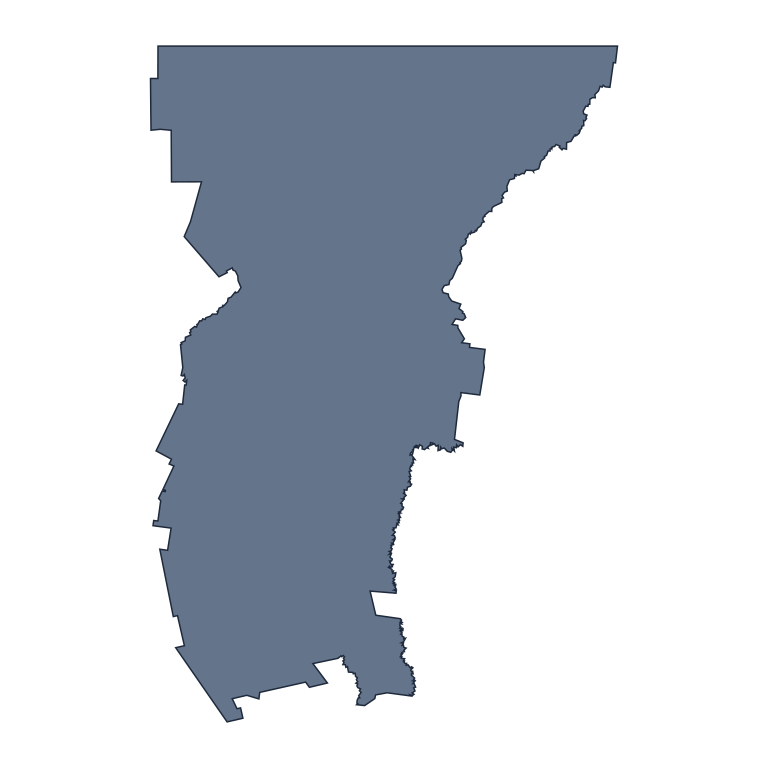 Brewarrina, New South Wales, Australia (Natural Earth projection)
{"feature_id": "25037944B28138275471855", "entity_name": "Brewarrina", "entity_type": "district", "adm_level": 2, "iso_a3": "AUS", "parent_name": "Australia", "parent_adm1": "New South Wales", "projection": "natural_earth1", "projection_center": [147.252, -29.95], "detail": "fine", "context": "isolated", "style": "filled", "palette": "slate", "viewbox_px": 768, "rotation_deg": 0, "n_neighbors": 0, "source": "geoboundaries", "source_scale": "gbopen_adm2", "svg_char_len": 6116}
<svg xmlns="http://www.w3.org/2000/svg" viewBox="0 0 768 768"><path d="M387.2,692.8L411.2,696.0L410.2,694.9L412.3,695.5L414.0,694.3L412.1,692.9L415.0,691.0L413.7,687.9L415.6,687.1L414.0,683.4L412.9,683.5L414.6,681.4L413.0,680.9L414.8,680.3L413.6,679.5L414.6,678.1L411.4,675.1L411.5,673.8L413.1,673.9L412.6,671.3L411.6,671.8L410.7,669.9L412.9,667.8L411.6,666.8L410.4,667.8L408.0,664.8L406.2,665.2L406.6,663.4L405.2,663.5L404.0,662.2L404.5,661.0L403.3,660.8L404.6,658.7L401.3,658.2L401.8,656.7L400.4,656.7L402.4,653.8L401.2,653.9L401.9,652.4L404.4,651.6L403.8,650.3L406.1,648.1L403.8,647.3L403.4,645.1L402.2,645.3L403.4,643.1L401.4,642.8L403.5,641.8L405.5,638.3L403.7,638.8L404.0,637.2L402.1,636.1L401.9,634.1L400.9,634.2L402.0,632.7L400.6,631.3L402.8,630.7L403.0,629.0L400.6,629.9L401.9,628.1L399.7,628.1L400.8,626.5L399.8,625.7L400.0,623.7L401.6,623.9L400.3,622.5L402.1,622.4L400.7,620.9L401.5,620.1L400.3,618.7L375.8,615.2L370.1,591.1L396.0,593.2L396.3,590.7L393.9,590.1L396.3,589.1L394.9,587.0L395.6,585.8L393.9,585.0L395.5,584.2L393.2,583.3L394.5,582.6L392.9,581.4L394.6,579.7L393.0,578.7L395.2,576.7L395.8,572.7L392.7,573.4L393.4,571.1L392.1,571.5L392.0,569.4L388.4,567.3L389.7,566.1L390.4,567.4L392.4,566.7L392.0,565.4L393.8,564.3L391.3,564.6L389.9,562.2L390.6,561.6L389.8,561.0L391.8,560.6L392.3,559.0L389.9,557.2L391.3,553.8L389.4,554.2L391.0,552.8L389.2,551.4L391.2,551.0L392.1,548.7L390.7,547.9L391.6,546.6L390.9,545.3L392.8,544.8L391.9,543.4L393.5,544.0L393.1,542.7L394.7,539.8L393.0,539.7L395.3,538.0L394.4,535.6L392.3,535.3L395.3,532.1L392.7,529.8L394.1,529.1L393.4,528.0L396.0,527.8L396.7,524.6L398.1,524.8L396.9,523.2L399.1,522.7L398.5,521.7L399.4,520.5L397.9,520.0L399.4,519.3L399.3,517.2L400.4,517.3L399.5,515.7L398.7,516.3L399.6,514.9L398.4,513.5L400.7,513.0L398.9,512.0L400.8,511.3L401.5,509.3L402.6,509.6L403.6,507.3L402.0,506.1L402.1,503.8L400.7,503.4L403.6,499.8L402.2,498.9L404.2,498.9L404.0,497.4L406.1,495.4L403.0,492.8L404.7,493.2L404.2,489.8L406.9,490.2L407.5,487.2L410.4,486.2L411.6,484.2L410.3,483.7L410.1,481.6L408.5,481.8L410.6,478.8L409.3,476.6L410.7,476.4L409.1,471.5L411.3,470.8L409.7,469.0L410.5,466.4L411.4,466.5L411.1,465.3L412.6,465.1L412.1,462.9L413.6,463.0L412.9,459.2L415.0,459.6L411.8,455.3L412.2,454.4L410.1,455.1L410.4,453.4L411.6,452.0L412.7,453.3L413.4,450.4L412.0,449.6L413.5,449.8L414.2,447.0L416.7,447.9L414.7,446.5L416.1,445.3L417.5,445.8L416.2,446.2L418.2,448.2L419.7,444.8L422.4,446.4L422.1,448.9L424.5,449.6L426.8,447.7L428.3,448.3L427.7,447.0L430.1,445.0L430.5,442.6L432.8,443.1L431.5,445.0L434.4,443.8L436.1,446.2L438.3,445.3L438.0,450.6L440.4,449.9L440.7,447.2L441.7,448.8L444.2,448.0L447.3,451.3L450.8,452.3L452.2,450.5L452.0,448.5L454.4,451.0L453.7,447.1L456.3,447.7L456.6,444.9L458.0,446.9L460.4,444.7L462.8,446.3L463.1,442.8L454.5,439.4L458.8,401.5L461.0,395.9L460.9,392.6L479.8,395.0L484.3,367.5L483.5,362.2L485.1,349.4L469.5,347.4L469.9,343.8L461.7,342.7L464.4,338.8L457.9,327.9L457.8,325.4L452.1,324.4L455.6,318.8L462.8,320.3L465.7,317.5L464.1,313.7L462.5,313.1L462.9,311.6L459.0,308.6L460.8,304.1L451.7,301.0L448.7,296.7L448.3,294.0L443.1,292.7L442.0,289.4L444.3,285.6L448.9,284.6L449.8,280.5L452.3,278.3L458.0,265.5L460.4,263.6L459.8,262.7L461.4,261.3L461.9,258.4L460.1,250.2L461.4,249.1L461.0,247.4L465.6,243.8L466.3,240.4L465.3,239.2L467.7,237.2L468.2,234.3L469.5,233.3L470.3,234.1L471.1,231.8L471.6,233.0L474.7,232.1L475.4,230.4L476.5,230.9L477.7,228.1L480.9,225.8L482.0,222.6L484.2,221.8L482.8,219.7L483.2,217.3L485.0,216.3L484.5,215.4L489.2,211.3L491.7,211.5L491.9,208.3L493.4,206.5L501.9,202.4L501.7,198.7L503.5,197.9L502.1,195.4L504.6,192.1L507.3,191.1L506.9,186.4L509.6,179.8L514.4,178.5L514.7,175.7L515.8,175.9L515.1,174.6L519.1,175.1L522.1,173.4L524.1,173.7L526.0,170.2L532.6,170.5L533.5,171.7L533.4,170.6L538.7,168.8L541.0,161.0L544.7,158.0L544.3,156.7L546.6,155.3L548.1,151.0L550.1,151.0L550.0,149.1L551.2,148.2L551.8,149.0L552.2,146.9L554.7,146.5L556.0,144.5L559.9,146.1L559.3,147.3L562.0,149.8L563.0,148.4L566.5,149.2L566.6,142.6L571.0,141.3L574.1,136.1L575.6,135.9L575.3,134.8L576.9,135.2L579.1,133.3L580.0,131.1L579.2,130.8L581.7,128.3L581.8,126.3L583.8,125.6L583.6,120.5L584.9,120.8L586.6,118.6L585.9,117.3L587.0,115.1L583.7,113.8L583.2,111.2L585.8,106.2L588.0,106.3L588.3,104.3L589.8,104.2L589.9,99.3L592.6,97.6L595.3,97.8L594.9,94.5L598.5,90.9L600.1,86.3L602.1,87.1L603.2,85.3L605.1,86.8L609.9,87.3L613.4,62.6L615.5,62.9L617.5,46.1L158.0,46.1L157.9,78.5L150.5,78.5L151.0,130.2L160.4,129.3L171.2,130.3L171.5,181.9L201.5,181.8L190.5,221.6L184.2,236.6L219.0,276.8L227.2,272.6L226.4,271.0L232.3,267.9L233.0,270.1L235.4,271.1L237.8,275.9L238.1,280.6L241.0,287.5L238.1,292.0L235.8,292.9L235.2,292.0L231.1,297.1L228.1,298.3L227.5,301.7L224.3,305.4L222.7,305.4L223.0,306.6L219.1,308.2L218.0,311.6L216.7,311.0L217.9,312.4L216.9,314.2L212.4,314.1L210.4,316.2L205.9,317.7L205.1,319.5L202.8,318.8L201.6,320.9L199.7,320.8L197.4,324.7L196.5,324.2L197.2,325.2L196.5,327.1L194.8,326.4L190.3,329.9L190.9,331.8L189.6,332.6L190.8,335.0L185.4,337.3L185.2,340.8L181.1,342.6L181.8,344.0L180.5,344.6L182.8,367.6L181.1,375.5L183.0,376.0L184.3,374.5L185.2,377.8L183.1,380.5L185.0,382.0L186.7,380.4L186.2,385.1L184.7,385.0L182.6,404.3L178.7,403.8L156.1,450.9L171.5,459.2L169.1,464.0L173.9,466.0L162.9,489.6L165.4,490.3L165.3,491.5L162.1,491.1L158.6,498.5L160.7,500.7L157.9,521.0L153.7,520.5L153.0,525.7L171.1,528.1L167.6,550.3L159.8,549.2L173.3,616.6L177.5,615.6L184.4,645.7L175.7,647.7L227.1,721.9L242.9,718.2L240.6,707.9L237.0,708.7L232.2,698.7L246.8,695.3L258.9,698.9L259.7,692.4L305.6,682.1L309.4,687.3L327.4,683.0L312.9,663.6L338.0,658.3L340.9,655.9L341.7,656.7L343.2,655.5L344.5,656.9L343.4,658.2L344.4,659.9L342.9,661.0L344.0,662.3L342.9,664.6L345.3,664.6L345.9,667.3L347.4,666.6L348.5,672.1L352.9,672.4L353.3,673.8L355.1,673.2L355.6,676.5L357.4,677.7L356.4,679.7L357.7,681.8L355.9,683.2L357.7,684.0L356.9,685.9L357.8,687.6L360.5,688.9L359.4,690.7L361.1,692.4L358.7,695.7L359.7,697.8L358.3,697.9L357.2,700.1L356.9,703.2L357.9,703.9L356.8,704.7L364.6,705.6L374.8,698.6L375.6,694.9L387.2,692.8Z" fill="#64748b" stroke="#1e293b" stroke-width="1.5"/></svg>